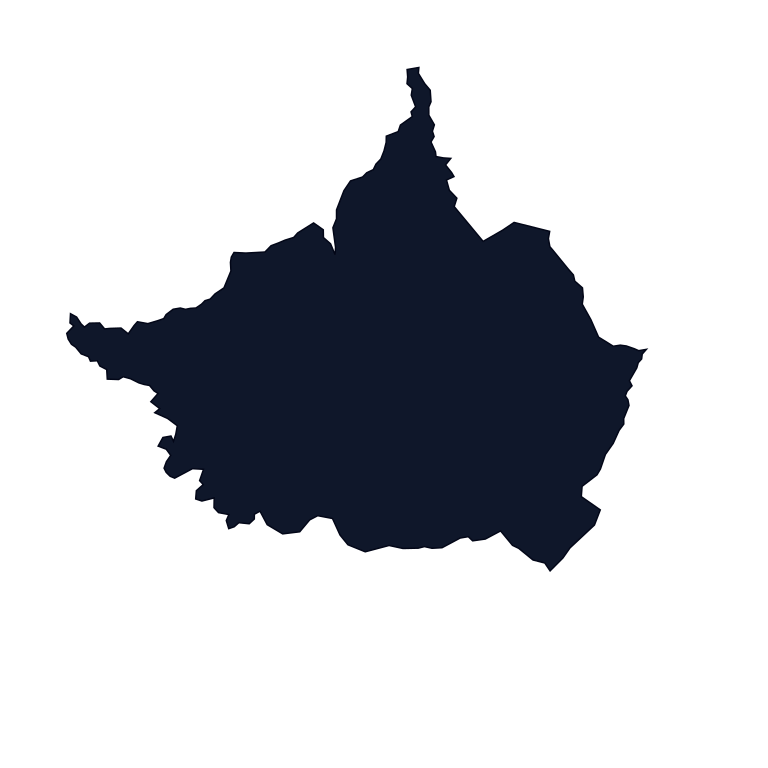 the district of Unistalda, Rio Grande do Sul, Brazil, rotated 56°
{"feature_id": "56859067B40505313665308", "entity_name": "Unistalda", "entity_type": "district", "adm_level": 2, "iso_a3": "BRA", "parent_name": "Brazil", "parent_adm1": "Rio Grande do Sul", "projection": "mercator", "projection_center": [-55.195, -29.075], "detail": "fine", "context": "isolated", "style": "filled", "palette": "ink", "viewbox_px": 768, "rotation_deg": 56, "n_neighbors": 0, "source": "geoboundaries", "source_scale": "gbopen_adm2", "svg_char_len": 2750}
<svg xmlns="http://www.w3.org/2000/svg" viewBox="0 0 768 768"><g transform="rotate(56 384 384)"><path d="M141.1,178.1L136.2,189.0L142.7,192.7L147.9,197.0L154.9,195.3L159.8,199.9L171.9,202.8L173.5,209.4L178.1,211.0L178.5,225.6L182.7,231.1L179.8,243.5L184.9,247.1L190.8,253.7L195.7,260.8L197.2,267.7L200.3,273.0L199.2,280.1L200.4,286.0L196.9,298.2L201.3,309.1L213.1,326.0L220.5,331.0L225.9,339.0L243.7,347.8L249.5,352.3L237.9,349.9L228.7,352.3L222.2,348.1L211.1,352.3L210.5,371.1L212.0,376.9L209.4,385.5L208.1,392.3L206.2,400.3L208.0,408.9L198.2,425.3L191.1,434.8L193.4,439.6L197.3,443.3L204.7,447.7L214.8,462.9L214.8,473.6L216.4,480.7L214.8,485.8L215.8,490.7L215.8,497.5L213.0,502.2L211.1,506.8L207.1,510.4L204.1,517.0L204.6,525.8L206.6,530.0L205.0,536.1L201.9,546.0L194.5,553.6L195.8,558.5L199.4,568.0L190.6,570.7L184.6,580.2L182.1,584.8L174.4,585.6L168.9,594.1L169.3,600.5L164.9,601.5L156.6,601.4L150.4,604.6L157.8,610.2L162.4,608.7L164.6,618.7L170.2,620.7L176.3,620.9L181.1,619.0L189.7,618.2L196.2,613.7L200.9,614.6L204.4,608.7L210.2,609.5L217.0,605.8L225.2,610.7L231.9,601.5L232.1,596.2L237.9,591.2L246.0,586.6L250.3,583.1L254.1,579.2L261.1,578.5L265.5,576.6L268.3,587.2L279.0,583.7L279.6,590.1L291.5,582.7L303.0,578.7L309.3,584.8L313.8,590.6L308.0,589.7L304.7,597.2L309.2,606.0L316.3,601.0L323.9,600.7L326.7,607.8L330.8,613.4L335.5,614.0L340.9,612.9L345.0,610.2L347.1,590.1L353.8,581.3L361.0,590.9L366.3,590.1L367.5,599.2L374.0,604.4L379.2,600.4L383.5,588.5L391.5,594.1L398.1,593.1L405.5,585.6L409.0,591.1L417.1,593.6L418.6,588.0L417.8,581.9L424.5,573.9L423.4,567.0L419.5,564.3L420.1,557.9L435.3,559.5L451.6,551.8L459.4,536.5L455.1,521.6L456.1,512.6L466.7,501.9L484.6,504.9L497.1,503.8L512.6,493.4L520.7,470.1L531.0,460.2L539.3,447.3L541.4,441.4L547.0,436.1L552.2,427.4L554.3,407.0L557.7,399.5L563.6,398.2L569.2,386.7L571.0,369.5L589.6,367.7L595.6,364.2L613.2,358.9L622.3,350.8L631.8,350.8L628.3,333.0L623.9,321.5L618.6,288.4L609.3,275.1L587.7,283.4L579.6,277.0L578.4,258.2L575.5,252.1L566.2,239.8L561.4,227.2L553.9,215.0L551.3,207.6L546.7,204.6L538.8,192.9L533.5,190.6L528.8,190.6L526.0,186.6L524.2,179.4L518.5,178.7L512.0,165.4L508.5,161.3L507.3,156.4L503.6,153.2L502.0,147.1L498.8,154.2L494.8,156.7L488.0,161.8L483.9,166.4L480.9,172.8L465.1,179.9L446.4,176.5L428.7,175.0L423.2,170.1L415.3,165.7L405.4,168.3L399.5,166.0L391.5,167.0L367.3,169.2L362.9,169.7L355.4,166.4L350.1,161.3L322.8,185.8L322.8,199.7L321.2,222.1L276.2,226.6L270.7,219.7L259.9,221.5L249.8,218.1L251.2,210.0L246.5,209.7L236.8,210.5L234.3,202.5L229.8,208.3L224.5,213.7L220.3,211.5L209.6,209.7L206.9,204.1L201.5,202.5L197.3,197.3L186.2,196.5L179.3,191.9L176.3,187.2L166.3,181.4L157.8,182.3L145.7,181.8L141.1,178.1Z" fill="#0f172a" stroke="#020617" stroke-width="1.5"/></g></svg>